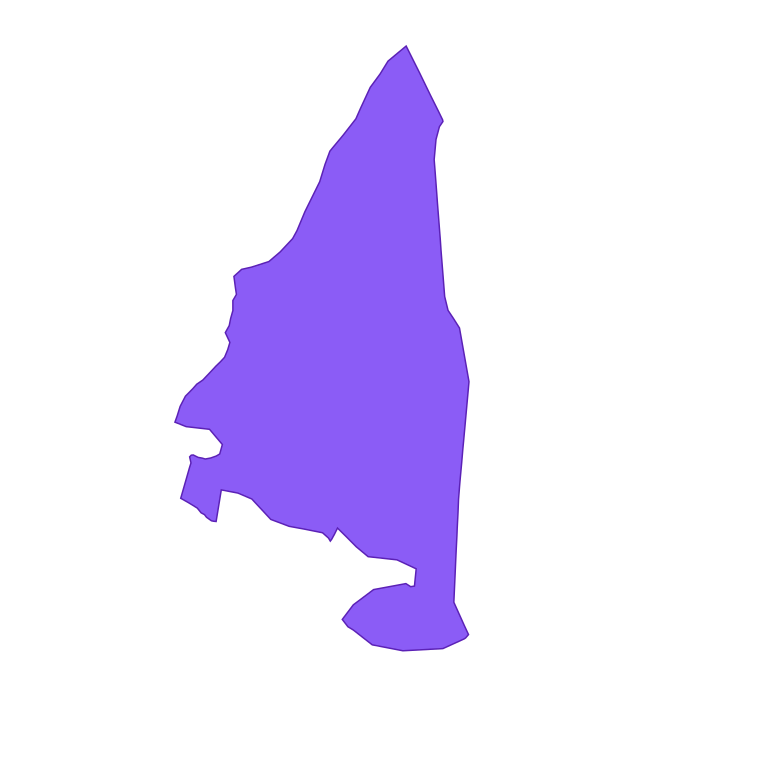 Mai'Adua, Katsina, Nigeria, rotated 51°
{"feature_id": "59680162B73440349718888", "entity_name": "Mai'Adua", "entity_type": "district", "adm_level": 2, "iso_a3": "NGA", "parent_name": "Nigeria", "parent_adm1": "Katsina", "projection": "mercator", "projection_center": [8.237, 13.149], "detail": "fine", "context": "isolated", "style": "filled", "palette": "violet", "viewbox_px": 768, "rotation_deg": 51, "n_neighbors": 0, "source": "geoboundaries", "source_scale": "gbopen_adm2", "svg_char_len": 1874}
<svg xmlns="http://www.w3.org/2000/svg" viewBox="0 0 768 768"><g transform="rotate(51 384 384)"><path d="M604.0,536.1L618.0,516.8L619.4,514.8L624.1,508.4L626.7,504.7L632.6,481.9L632.7,480.3L631.9,476.0L622.3,473.6L597.6,467.1L577.1,448.9L565.8,438.9L556.7,430.8L547.9,422.9L542.2,417.9L530.4,407.3L520.7,398.8L510.8,389.4L505.5,384.3L493.8,372.9L483.9,363.4L478.5,358.1L467.1,347.0L435.7,316.5L418.9,307.2L388.0,290.1L376.8,288.8L367.1,287.9L354.2,281.8L343.3,274.3L335.3,268.8L315.9,255.5L311.8,252.6L306.1,248.6L302.3,246.0L292.3,239.1L276.3,228.1L269.7,223.5L252.1,211.3L241.2,203.8L226.7,189.7L218.9,179.0L217.1,173.0L215.6,172.2L206.5,170.1L188.0,166.0L164.8,160.6L135.3,154.1L135.4,163.2L135.6,177.7L140.6,191.9L144.8,208.0L155.0,228.8L160.2,238.9L164.9,259.1L168.1,275.2L169.0,279.5L176.2,291.6L186.3,306.6L200.3,337.0L210.0,355.0L213.5,363.5L216.0,381.5L216.4,396.4L209.7,413.6L205.3,422.5L205.9,432.9L216.2,439.2L221.5,442.3L224.0,448.9L231.8,455.2L236.6,462.0L241.2,467.5L244.2,475.0L254.7,477.6L259.0,483.9L262.9,491.1L263.8,497.4L264.3,503.2L265.5,511.7L266.9,522.4L266.3,529.6L267.3,535.4L268.5,546.0L273.1,556.5L278.7,564.9L282.1,570.5L292.6,564.6L309.4,548.1L329.3,547.7L335.0,555.7L334.4,559.7L332.4,565.3L329.8,570.1L327.2,571.9L324.1,574.6L319.1,576.9L318.0,578.6L318.3,580.9L323.9,583.7L326.4,587.5L344.9,613.9L353.0,610.7L362.9,607.2L369.0,607.2L372.6,605.7L375.0,605.8L375.9,605.8L381.7,604.2L383.3,602.9L385.2,601.0L363.9,577.1L376.8,566.2L390.2,559.1L418.0,557.2L434.9,547.3L446.2,537.6L460.9,525.4L468.8,524.1L472.3,524.6L471.8,522.5L471.2,521.0L470.4,519.1L469.8,517.5L468.5,514.7L466.7,510.8L479.1,509.4L493.1,508.0L508.2,505.0L528.8,484.6L547.9,475.3L560.2,487.5L558.3,490.8L552.9,492.6L537.2,521.5L536.3,546.8L540.7,564.6L550.0,564.8L555.8,562.7L579.3,557.3L603.2,537.2L604.0,536.1Z" fill="#8b5cf6" stroke="#5b21b6" stroke-width="1.5"/></g></svg>